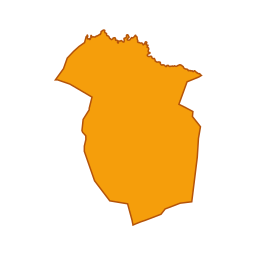 the district of Buucagaan, Bayanhongor, Mongolia, rotated 289°
{"feature_id": "93677404B41797209150510", "entity_name": "Buucagaan", "entity_type": "district", "adm_level": 2, "iso_a3": "MNG", "parent_name": "Mongolia", "parent_adm1": "Bayanhongor", "projection": "robinson", "projection_center": [99.259, 46.209], "detail": "fine", "context": "isolated", "style": "filled", "palette": "amber", "viewbox_px": 256, "rotation_deg": 289, "n_neighbors": 0, "source": "geoboundaries", "source_scale": "gbopen_adm2", "svg_char_len": 5713}
<svg xmlns="http://www.w3.org/2000/svg" viewBox="0 0 256 256"><g transform="rotate(289 128 128)"><path d="M201.6,180.3L201.8,179.8L201.8,179.4L202.1,178.9L202.6,178.3L202.6,177.9L202.6,177.5L202.5,177.2L202.3,177.0L202.3,176.7L202.5,175.9L202.7,175.6L202.6,175.4L202.6,175.1L202.7,174.9L203.0,174.7L203.1,173.9L203.3,173.5L203.6,173.1L203.8,172.3L203.7,172.1L203.3,171.8L203.0,171.7L202.6,171.4L202.5,171.1L202.6,170.9L202.7,170.6L203.0,170.1L202.9,169.7L202.5,169.1L202.4,168.7L202.6,168.3L202.6,168.0L202.4,167.7L202.4,167.4L202.1,167.0L202.0,166.8L201.9,166.6L201.9,166.2L202.0,166.0L202.4,165.9L202.6,165.7L202.7,165.4L202.8,165.2L202.8,164.6L202.8,164.3L202.7,163.9L202.5,163.5L202.5,163.0L202.6,162.4L202.7,161.8L202.9,161.3L203.5,160.6L203.9,160.3L204.1,160.0L204.1,159.4L204.2,159.1L204.4,158.9L204.6,158.6L204.7,158.3L204.7,158.0L204.6,157.8L204.7,157.5L204.8,157.3L204.8,157.1L204.7,156.8L204.7,156.6L204.5,156.0L204.0,155.6L203.6,155.3L203.4,154.9L203.0,154.5L202.7,154.3L202.4,154.1L202.1,153.8L201.9,153.2L201.8,152.6L201.8,152.2L202.0,151.9L201.9,151.7L201.5,151.2L201.1,150.9L200.9,150.5L200.9,150.2L201.1,149.9L200.9,149.5L200.6,149.1L200.4,148.4L199.8,147.7L199.7,147.2L199.7,146.8L199.8,146.5L200.2,146.1L200.3,145.8L200.2,145.6L200.0,145.2L200.0,144.7L199.7,144.4L198.7,144.3L198.5,144.1L198.4,143.9L198.5,143.5L198.6,143.2L199.0,142.4L199.2,142.0L199.2,140.5L198.8,139.9L198.6,139.8L198.5,139.3L198.5,139.0L198.6,138.8L198.8,138.3L199.1,138.1L199.4,137.6L199.6,137.4L199.9,137.3L200.4,137.3L200.6,137.0L200.7,136.8L200.7,136.5L200.5,136.2L200.5,135.6L200.3,135.1L200.1,134.7L199.8,134.3L199.7,133.7L199.8,133.2L200.1,132.6L200.1,132.1L200.3,131.9L200.8,131.6L201.5,131.1L202.2,130.4L202.3,130.1L202.2,129.9L201.9,129.6L201.7,129.2L201.8,128.9L201.9,128.4L202.1,127.9L202.3,127.6L202.7,127.5L203.0,127.2L203.3,127.0L203.4,126.5L203.4,126.3L203.3,126.1L202.6,125.1L202.3,124.2L202.4,123.4L202.5,123.0L202.9,122.6L203.5,122.5L204.0,122.6L204.8,123.2L205.3,124.0L205.7,124.3L205.9,124.4L206.4,124.2L206.5,124.0L206.5,123.8L206.4,123.5L206.3,123.0L206.4,122.7L206.5,122.5L207.1,122.0L208.2,121.9L209.0,122.0L209.5,121.9L209.9,121.6L210.3,121.4L210.5,121.0L210.6,120.7L210.5,120.1L210.6,119.8L210.9,119.7L211.3,119.7L211.6,119.8L212.2,120.0L212.5,120.0L212.8,119.8L212.8,119.5L212.6,119.0L212.6,118.6L212.7,118.2L212.9,117.9L213.1,117.8L213.3,117.9L214.0,118.0L214.7,118.0L215.1,117.9L215.2,117.7L215.2,117.4L215.2,117.2L215.4,116.9L215.2,116.6L214.9,116.4L214.6,116.3L214.3,116.3L213.9,116.4L213.3,116.3L212.8,116.1L212.2,115.9L211.8,115.6L211.6,115.3L211.7,115.0L212.1,114.8L212.4,114.5L212.5,114.2L212.9,113.4L212.8,113.1L212.4,112.4L212.3,111.7L212.5,110.8L212.4,110.5L212.2,110.1L212.2,109.9L212.3,109.5L212.4,109.2L212.6,109.0L213.0,109.0L213.4,109.0L213.8,108.8L214.1,108.5L214.6,108.1L215.2,107.7L216.0,107.3L216.6,107.1L216.9,106.9L217.2,106.5L217.4,106.2L217.3,105.9L217.4,105.6L217.5,105.4L217.8,105.1L218.1,105.0L218.1,104.8L218.0,104.7L217.7,104.6L216.7,104.3L216.0,104.0L214.9,103.3L214.7,103.1L214.7,102.3L214.7,102.1L214.5,101.9L214.3,101.8L214.0,101.8L213.7,101.7L213.3,101.4L213.1,101.3L212.6,101.3L212.1,101.1L211.6,100.7L211.2,99.9L211.1,99.4L211.1,98.9L211.2,98.6L211.6,98.5L212.1,98.4L212.5,98.6L213.2,98.9L213.7,99.2L214.0,99.4L214.3,99.4L214.5,99.2L215.0,98.7L215.3,98.4L215.9,97.7L216.0,97.4L216.0,97.1L215.8,96.8L215.5,96.5L215.3,96.4L215.1,96.4L214.7,96.5L214.1,96.7L213.7,96.8L213.2,96.8L213.0,96.7L212.5,96.4L212.2,96.1L212.0,95.7L211.7,95.3L211.5,95.1L211.3,95.1L211.2,95.1L210.7,95.3L210.4,95.5L210.1,95.8L209.2,96.0L208.7,96.1L208.3,96.2L208.0,96.1L207.9,96.0L207.8,95.6L207.8,95.0L208.2,94.2L208.4,93.5L208.5,93.2L208.4,93.0L208.3,92.9L207.9,92.6L207.6,92.3L207.5,91.9L207.4,91.7L207.3,91.4L207.3,91.1L207.3,90.9L207.1,90.8L206.6,90.9L206.2,91.0L205.8,91.1L205.4,91.1L205.1,91.0L205.1,90.8L205.2,90.5L205.3,90.3L205.6,90.2L206.0,90.2L206.4,90.0L206.8,89.9L207.2,89.5L207.3,89.2L207.4,88.9L207.2,88.7L207.0,88.4L206.9,88.1L207.0,87.7L207.4,87.4L208.0,87.3L208.6,87.0L208.9,86.6L209.0,86.4L209.1,86.2L208.9,85.7L208.7,85.5L208.6,85.3L208.5,85.1L208.3,84.7L207.8,84.7L207.2,84.5L206.3,83.8L206.2,83.5L206.2,83.3L206.3,83.0L206.6,82.5L206.7,82.3L206.7,82.0L206.7,81.6L207.0,81.3L207.2,81.1L207.6,80.8L207.9,80.5L208.2,80.1L208.4,79.7L208.5,79.3L208.6,78.9L208.5,78.2L208.6,77.9L208.7,77.7L209.0,77.5L209.3,77.3L210.0,77.2L210.3,76.8L210.5,76.4L210.6,76.0L210.6,75.6L210.6,75.4L210.7,75.1L210.9,74.9L211.5,74.5L212.0,74.4L212.4,74.4L212.6,74.3L212.8,74.1L212.8,73.4L212.6,72.9L212.3,72.6L212.0,72.3L211.7,72.1L211.2,71.8L210.6,71.3L210.4,71.2L210.1,71.3L209.4,71.4L208.7,71.5L208.2,71.4L207.8,71.4L207.5,71.4L207.3,70.7L206.8,70.4L206.1,69.9L205.0,68.9L204.7,68.2L204.2,67.8L203.7,67.7L203.5,67.4L203.2,66.9L203.0,66.1L202.8,65.2L202.5,64.7L202.5,64.0L202.5,63.8L202.8,63.6L203.0,63.5L203.5,63.3L203.5,63.1L203.4,62.9L203.2,62.9L202.7,63.0L202.2,63.2L201.8,63.5L201.5,63.6L201.1,63.4L200.7,63.2L200.3,63.3L199.8,63.4L199.3,63.2L199.2,63.0L199.2,62.8L199.7,62.4L199.8,62.2L199.3,61.5L199.2,61.2L199.2,60.8L199.5,60.5L200.2,60.2L200.8,60.0L201.8,60.1L202.1,59.8L202.5,59.5L202.6,59.3L202.5,59.2L202.3,59.2L202.0,59.2L201.3,59.1L200.7,58.7L194.6,59.1L189.2,55.2L182.7,51.6L174.3,47.8L163.1,47.7L149.9,43.7L150.6,45.8L150.6,58.7L145.5,83.9L134.0,84.9L132.7,85.4L122.8,83.1L121.5,82.8L110.6,85.3L109.2,86.5L108.3,88.1L106.9,90.6L103.5,91.9L96.7,92.6L91.7,94.3L67.2,113.6L53.2,134.5L56.2,152.3L42.2,161.8L37.9,164.3L40.0,166.6L43.6,170.8L46.2,174.2L57.2,187.3L63.6,189.5L73.9,201.8L79.0,212.3L123.0,203.0L141.1,198.0L152.8,196.1L159.8,185.2L164.7,184.0L166.0,175.9L167.0,168.4L190.9,168.8L199.3,178.4L201.6,180.3Z" fill="#f59e0b" stroke="#b45309" stroke-width="1.5"/></g></svg>